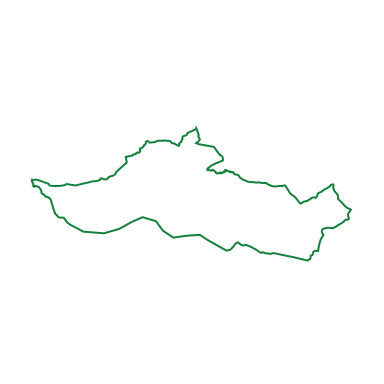 outline of Gomoa West, Central, Ghana, rotated 103°
{"feature_id": "2480657B81635079362570", "entity_name": "Gomoa West", "entity_type": "district", "adm_level": 2, "iso_a3": "GHA", "parent_name": "Ghana", "parent_adm1": "Central", "projection": "equal_earth", "projection_center": [-0.84, 5.386], "detail": "fine", "context": "isolated", "style": "outline", "palette": "green", "viewbox_px": 384, "rotation_deg": 103, "n_neighbors": 0, "source": "geoboundaries", "source_scale": "gbopen_adm2", "svg_char_len": 5992}
<svg xmlns="http://www.w3.org/2000/svg" viewBox="0 0 384 384"><g transform="rotate(103 192 192)"><path d="M216.1,350.8L217.8,350.1L218.0,350.1L218.2,349.7L218.6,349.4L218.8,349.4L219.0,348.8L219.4,348.7L220.4,348.2L220.8,348.2L221.3,347.5L221.6,347.7L221.9,347.5L222.0,347.7L222.4,346.9L222.3,346.6L222.1,346.3L221.4,346.0L221.2,345.6L221.5,344.0L221.4,343.5L221.5,343.0L221.7,342.2L222.6,341.3L222.9,340.7L223.8,339.8L224.9,339.1L226.0,338.7L226.6,338.3L226.9,338.3L227.1,337.8L227.3,337.7L227.6,337.2L227.6,336.2L227.9,335.7L228.2,335.4L228.4,334.8L228.9,334.2L229.4,334.0L229.4,333.7L229.2,332.5L229.2,332.2L229.7,331.1L229.6,330.9L229.9,330.6L230.1,330.2L230.0,329.5L230.8,328.4L232.2,327.2L234.6,326.3L235.3,325.6L238.3,323.8L239.1,323.5L239.4,323.6L239.6,323.2L242.6,321.2L242.9,321.2L243.1,320.9L243.8,320.8L244.2,320.2L244.9,318.5L245.1,318.1L245.9,317.6L246.2,317.0L246.4,316.9L246.6,316.5L246.7,315.6L246.5,313.9L246.3,313.4L246.0,312.3L246.1,311.9L246.0,311.5L246.0,311.1L246.9,310.0L247.3,309.6L248.0,308.6L249.0,307.7L249.4,307.2L249.7,307.0L249.9,306.3L251.0,304.1L255.1,288.9L252.0,268.4L244.3,254.6L234.5,243.7L227.7,234.5L228.5,220.7L236.3,211.5L240.6,200.0L235.4,186.2L232.0,174.7L235.4,165.5L241.3,145.4L240.6,143.5L239.9,142.2L239.3,141.4L238.0,140.7L236.1,139.5L233.0,138.2L232.4,137.8L232.0,137.5L230.7,135.8L232.2,132.9L232.7,130.2L231.9,128.6L231.4,128.2L231.7,125.1L232.4,121.0L233.1,119.4L233.5,117.2L234.1,116.0L234.5,114.4L235.2,113.3L235.5,112.4L235.6,111.6L235.5,110.4L235.2,110.2L235.1,109.8L234.8,109.4L234.8,108.5L235.2,107.5L235.1,106.9L235.0,105.5L234.7,104.4L234.8,102.4L234.7,101.7L233.2,98.8L232.7,77.9L232.8,64.0L231.3,62.5L230.7,61.7L227.6,62.0L226.8,61.3L226.1,60.4L223.2,60.3L222.3,59.7L221.6,58.6L221.1,55.9L217.6,56.1L212.6,56.2L209.3,55.9L204.4,54.3L204.2,54.6L202.7,55.9L201.6,56.6L200.3,56.7L198.7,56.3L197.9,55.0L197.0,53.3L196.5,52.4L196.1,50.8L195.7,47.0L193.8,44.1L193.3,44.0L191.2,42.0L189.7,40.3L187.0,37.6L186.3,37.2L185.8,37.1L185.4,36.8L185.0,36.4L184.3,35.5L183.9,34.3L183.5,33.6L182.8,33.2L182.1,33.3L181.0,34.1L180.0,34.6L178.4,34.9L177.3,34.7L175.8,34.0L173.4,33.2L173.3,33.7L172.7,36.7L172.2,38.2L170.5,41.0L168.5,43.6L166.7,46.9L165.8,48.0L164.8,48.5L163.3,48.7L162.6,49.0L162.3,49.2L160.9,50.9L160.4,51.5L159.9,52.3L158.6,53.8L158.1,54.2L156.9,54.7L156.4,55.3L154.1,55.5L153.1,56.0L152.8,56.5L153.9,58.4L155.1,58.7L156.1,59.7L157.2,60.5L160.1,63.9L163.0,66.3L163.5,66.9L164.1,68.1L164.6,68.7L164.9,68.9L165.4,69.0L167.7,69.2L168.9,69.6L169.7,70.0L169.9,70.2L169.7,71.0L169.7,71.5L169.9,72.1L170.1,72.7L170.8,74.1L171.4,74.3L171.5,74.6L174.1,77.0L175.0,78.2L176.3,80.9L176.6,81.3L177.6,82.1L178.9,83.8L178.7,84.4L177.9,85.2L174.4,89.6L173.2,91.6L172.2,94.4L171.1,96.2L167.7,99.5L166.0,101.5L165.4,101.7L165.0,102.1L164.8,102.7L164.8,103.5L165.3,104.8L165.9,105.2L166.2,107.7L166.8,109.2L167.9,112.3L168.2,114.5L168.2,116.8L167.6,117.8L167.8,118.8L167.4,119.5L166.9,121.2L166.5,121.9L167.2,124.2L167.5,126.7L167.5,127.8L167.7,128.5L167.7,129.3L167.8,130.1L168.2,130.8L168.4,131.3L168.5,132.2L168.4,133.2L169.1,136.9L169.4,139.7L168.9,142.4L168.7,144.3L167.6,147.4L166.9,148.9L166.2,149.6L165.3,150.3L165.2,150.6L165.1,151.1L165.0,152.6L165.2,154.7L163.5,156.1L163.7,156.5L163.7,156.8L163.5,157.0L163.7,157.6L163.6,158.1L163.9,158.2L164.0,158.4L163.8,158.8L164.2,159.2L164.2,159.4L163.7,159.6L163.7,159.9L163.3,160.4L163.6,161.7L163.5,163.2L162.9,163.4L163.4,164.7L164.4,164.3L164.7,164.5L164.9,164.8L164.9,165.2L164.9,165.3L165.6,165.2L165.9,165.4L166.3,166.6L166.1,167.2L166.8,167.6L166.6,167.9L166.7,168.3L167.4,168.7L167.3,168.9L166.9,169.3L167.1,169.7L167.4,169.9L167.6,170.6L168.0,170.7L168.2,171.2L168.3,171.5L168.1,172.7L167.7,173.1L167.2,173.3L167.0,174.2L166.8,174.6L166.3,174.9L166.2,175.4L165.9,175.6L166.0,176.2L166.0,176.4L165.7,176.9L165.7,177.1L165.9,177.2L166.3,177.2L166.5,177.3L167.0,178.3L167.0,178.5L166.7,179.7L166.8,180.2L166.8,180.8L167.0,181.3L167.0,182.1L166.8,182.2L166.0,182.2L165.3,182.0L164.7,181.1L164.0,180.8L162.1,179.3L159.9,176.8L159.8,176.3L158.3,174.8L157.6,173.5L157.4,173.4L154.5,169.1L154.2,169.0L153.5,169.0L152.2,169.7L151.4,169.9L150.8,170.3L150.3,171.1L150.0,171.7L149.6,173.5L148.8,174.2L143.1,180.9L143.9,196.3L143.5,198.9L141.7,197.5L140.5,196.7L139.9,196.4L139.1,196.2L138.6,196.4L136.6,198.3L136.3,198.3L135.5,198.2L134.9,198.7L134.3,198.6L128.9,202.2L129.6,202.3L130.1,202.6L130.6,203.2L131.4,204.0L132.0,205.1L132.8,205.9L133.9,207.8L134.8,208.7L135.2,209.4L135.6,209.6L135.9,209.6L136.5,209.8L137.2,209.8L137.9,210.5L138.3,210.7L138.7,211.4L139.3,212.7L139.6,213.1L140.2,213.4L140.5,213.6L141.3,213.3L141.9,213.6L143.1,213.2L143.6,213.4L143.9,213.7L144.0,213.6L145.4,213.6L145.9,213.9L146.1,214.2L146.4,214.7L146.7,215.0L147.1,215.0L147.7,215.3L148.7,214.9L149.9,215.1L149.9,216.5L149.8,216.9L148.7,220.3L148.7,220.7L149.0,222.2L147.6,224.6L147.4,225.1L147.4,226.2L147.7,227.1L147.7,229.0L147.8,229.6L148.4,231.2L148.7,232.6L149.0,233.4L149.5,236.3L149.9,237.0L152.1,240.2L152.4,241.5L153.1,243.4L153.5,244.7L152.5,245.8L152.4,247.2L153.6,248.3L155.1,247.9L156.1,248.3L156.4,248.5L156.7,248.9L157.1,249.2L158.3,249.4L159.0,249.7L160.2,250.6L160.9,251.6L161.4,252.5L162.4,252.5L163.5,251.6L164.4,251.8L165.2,252.1L165.8,252.7L165.7,253.7L166.0,254.5L166.4,255.0L166.9,255.0L167.8,255.4L168.5,257.5L168.8,257.8L169.6,258.1L170.0,258.4L171.1,261.0L172.1,263.1L172.4,264.0L172.6,264.4L178.0,262.2L179.5,263.2L179.9,263.6L189.6,270.4L191.2,270.5L192.8,271.4L193.5,272.2L194.1,273.0L195.4,275.4L196.1,276.5L196.4,276.7L197.2,277.0L197.9,277.1L198.2,277.3L198.8,278.0L199.0,278.5L199.4,281.3L199.1,282.1L199.0,283.1L199.6,284.3L200.2,284.3L201.3,284.6L203.2,288.6L204.1,291.6L205.3,293.7L209.5,302.4L211.6,306.3L211.9,308.0L212.3,312.5L212.2,313.5L212.2,314.0L212.6,316.0L212.8,316.6L213.1,316.8L214.0,317.6L215.2,320.5L216.3,323.9L217.5,329.4L217.7,331.5L217.7,331.9L217.5,332.5L217.3,332.7L216.3,333.6L214.9,345.4L216.1,350.8Z" fill="none" stroke="#15803d" stroke-width="2"/></g></svg>